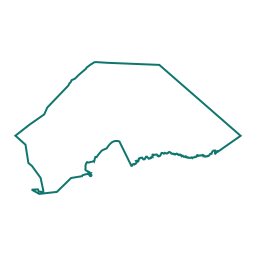 outline of Capulálpam de Méndez, Oaxaca, Mexico
{"feature_id": "50627088B77206539090101", "entity_name": "Capulálpam de Méndez", "entity_type": "district", "adm_level": 2, "iso_a3": "MEX", "parent_name": "Mexico", "parent_adm1": "Oaxaca", "projection": "robinson", "projection_center": [-96.41, 17.316], "detail": "fine", "context": "isolated", "style": "outline", "palette": "teal", "viewbox_px": 256, "rotation_deg": 0, "n_neighbors": 0, "source": "geoboundaries", "source_scale": "gbopen_adm2", "svg_char_len": 4571}
<svg xmlns="http://www.w3.org/2000/svg" viewBox="0 0 256 256"><path d="M159.3,64.9L107.3,62.8L97.7,62.2L96.1,62.1L94.2,62.3L91.6,64.0L91.1,64.2L86.6,67.6L86.0,68.7L82.5,71.7L79.1,74.6L74.8,78.8L71.7,80.1L70.4,82.6L69.6,83.1L68.4,85.5L47.3,107.5L44.2,114.4L29.3,124.8L15.4,135.7L25.5,144.7L28.4,163.0L32.0,166.0L40.6,177.9L43.3,190.5L43.2,192.0L38.8,191.5L37.9,189.4L31.6,189.7L31.9,189.8L39.3,193.9L56.9,191.9L71.1,178.0L82.0,176.2L82.4,175.4L83.2,175.0L84.4,174.7L85.5,174.4L85.8,174.3L86.0,174.2L87.1,174.1L87.5,174.1L88.2,174.0L88.7,174.0L88.9,174.2L89.0,174.4L89.2,174.8L89.3,175.0L89.7,175.6L89.9,175.7L90.1,176.0L90.7,176.2L91.0,176.1L91.4,175.6L91.4,175.2L90.9,175.3L90.6,175.5L90.4,175.4L89.9,175.2L89.5,174.7L89.4,174.5L89.1,173.6L87.9,173.5L88.4,173.0L89.2,173.1L90.2,173.7L90.6,173.4L90.8,173.3L90.9,173.1L90.5,173.1L90.2,173.1L89.9,172.8L89.6,172.4L89.4,172.2L85.9,170.4L85.5,169.9L85.3,169.1L85.5,168.4L85.6,168.1L85.6,167.7L85.4,166.5L85.6,165.5L85.8,164.3L86.2,163.4L86.3,163.4L86.6,163.1L87.1,162.1L87.8,162.3L88.5,162.5L89.0,162.5L89.5,162.4L90.0,162.1L90.6,161.9L91.2,161.9L92.2,161.7L92.9,161.5L93.1,161.3L93.4,161.1L93.7,161.0L93.9,161.0L94.1,161.1L94.2,161.3L94.4,160.8L94.5,159.9L94.7,159.1L95.0,158.1L95.3,157.1L95.7,156.9L96.2,157.1L96.6,157.1L97.6,155.6L98.3,154.8L99.1,153.7L100.1,152.6L101.0,151.4L102.3,150.3L103.6,149.7L105.1,149.0L106.5,148.5L107.1,147.8L107.8,146.7L109.7,144.3L111.3,142.8L112.2,142.1L113.3,141.6L115.0,141.0L116.1,141.0L117.1,141.0L118.2,141.1L119.4,141.5L131.4,165.9L131.8,165.9L132.0,164.9L132.6,164.5L133.3,164.5L133.2,164.2L134.1,163.9L134.6,164.4L135.3,163.9L135.7,163.8L135.9,163.3L136.9,162.2L136.0,161.0L136.8,160.7L137.6,160.9L137.9,160.8L138.4,161.1L138.6,160.7L138.5,160.3L138.6,159.5L138.7,159.0L139.0,159.0L139.2,158.6L139.4,158.2L139.7,158.1L139.9,158.0L140.2,157.9L140.3,158.1L140.6,157.9L140.9,157.9L141.2,157.8L141.6,157.7L141.6,157.8L141.8,157.8L142.0,157.9L142.1,158.1L142.1,157.9L142.3,157.9L142.5,158.1L142.5,158.3L142.8,158.5L143.0,158.8L143.1,159.1L143.3,159.3L143.5,159.2L143.8,159.3L144.2,159.3L144.4,159.3L144.6,159.1L144.9,158.8L145.0,158.5L145.2,158.4L145.2,158.1L145.5,157.7L145.7,157.3L145.9,157.3L146.1,156.9L146.2,156.7L146.4,156.7L146.8,156.7L146.9,156.9L147.1,156.9L148.0,157.8L148.2,158.2L148.5,158.4L148.7,158.7L149.0,158.7L149.5,158.5L149.8,158.5L150.0,158.1L150.4,157.9L150.6,158.0L150.8,157.7L151.1,157.8L151.3,157.1L151.7,156.9L152.6,157.2L152.6,156.9L152.6,156.1L152.7,155.4L152.4,154.9L152.5,154.7L153.0,154.5L153.6,155.1L155.4,154.6L155.6,154.7L156.2,154.6L156.8,154.5L157.1,154.9L157.7,155.3L157.6,155.9L158.7,156.4L159.2,156.0L159.7,156.1L160.5,155.2L161.0,154.2L161.6,152.9L162.6,153.0L163.9,153.7L164.7,152.8L165.5,153.2L165.9,153.2L166.2,153.5L167.3,153.4L167.8,152.8L168.4,152.8L169.1,152.0L169.9,152.2L170.4,152.4L170.8,152.8L171.0,153.3L171.6,153.4L171.8,153.7L172.6,153.9L173.0,153.7L173.5,153.7L173.7,154.1L174.3,154.4L174.7,154.4L174.8,154.2L175.2,154.4L175.5,154.0L176.0,154.0L176.5,153.7L176.9,154.0L177.2,153.8L177.6,154.0L177.9,154.3L178.2,154.7L178.4,155.0L178.8,155.1L179.0,154.8L179.3,154.8L179.5,154.5L180.0,154.5L180.3,154.8L180.4,154.7L180.6,154.8L180.7,155.1L180.9,155.0L181.1,155.2L181.3,155.2L181.5,155.4L181.5,155.7L181.7,156.1L181.9,155.9L182.2,155.8L182.2,156.0L182.5,156.1L182.8,156.0L183.3,156.1L183.5,156.4L183.7,156.7L183.9,156.6L184.3,156.7L184.5,156.8L185.0,156.8L185.2,157.0L185.4,156.8L185.5,156.5L185.9,156.8L186.0,156.5L186.5,156.6L186.6,157.0L186.9,157.3L187.3,157.6L187.8,157.4L188.1,157.5L188.3,157.8L188.9,157.9L189.3,157.9L189.6,157.7L189.9,157.6L190.2,157.9L190.9,157.8L191.4,157.7L191.8,157.4L192.2,157.7L192.4,158.0L192.7,157.7L193.0,157.5L193.4,157.4L193.6,157.5L193.8,157.4L194.1,157.3L194.4,157.3L194.6,157.2L194.9,157.2L195.1,156.8L195.4,156.8L196.0,156.7L196.4,156.8L196.8,156.5L197.1,155.9L196.9,155.5L197.0,155.3L197.3,155.1L197.8,155.5L198.3,155.9L198.7,155.7L199.0,155.4L199.4,155.5L199.5,155.7L199.9,155.7L200.3,155.4L200.6,155.4L201.0,155.4L201.5,155.4L201.8,155.5L202.3,155.5L202.4,155.1L202.7,155.2L202.9,155.0L203.2,155.2L203.5,155.5L203.8,155.5L203.9,155.9L203.8,156.3L204.6,156.2L205.1,156.2L205.3,156.7L205.5,156.7L205.6,156.4L207.0,156.4L207.5,155.9L208.2,156.1L208.7,155.8L209.5,155.0L210.0,154.0L210.9,153.6L211.5,153.8L212.4,151.4L213.6,150.6L214.1,150.5L215.1,150.5L215.3,151.3L215.1,151.8L214.9,152.8L215.1,153.4L215.3,153.7L215.8,153.3L216.3,152.3L216.6,151.6L216.8,151.3L217.2,151.1L217.6,151.0L217.8,151.1L217.9,151.3L218.0,151.6L240.6,135.8L159.3,64.9Z" fill="none" stroke="#0f766e" stroke-width="2"/></svg>